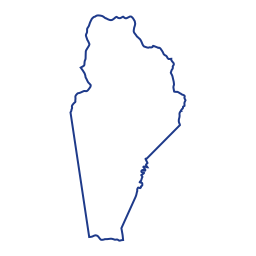 outline of La Trinidad, Comayagua, Honduras, rotated 270°
{"feature_id": "27666195B66687640419438", "entity_name": "La Trinidad", "entity_type": "district", "adm_level": 2, "iso_a3": "HND", "parent_name": "Honduras", "parent_adm1": "Comayagua", "projection": "mercator", "projection_center": [-87.659, 14.702], "detail": "fine", "context": "isolated", "style": "outline", "palette": "blue", "viewbox_px": 256, "rotation_deg": 270, "n_neighbors": 0, "source": "geoboundaries", "source_scale": "gbopen_adm2", "svg_char_len": 5759}
<svg xmlns="http://www.w3.org/2000/svg" viewBox="0 0 256 256"><g transform="rotate(270 128 128)"><path d="M197.2,171.3L197.0,169.1L197.0,168.6L197.1,168.4L198.2,167.4L199.1,167.0L199.6,166.7L199.8,166.5L200.2,166.1L200.9,164.8L201.7,163.8L202.1,163.6L203.9,162.8L205.4,161.9L206.2,161.3L207.1,160.7L207.5,160.4L207.7,160.2L208.2,159.4L208.3,158.9L208.3,158.7L208.1,158.5L208.1,158.3L208.7,157.1L209.9,154.0L210.1,153.3L210.1,153.1L209.8,152.8L209.5,152.7L209.3,152.7L209.1,152.6L208.9,152.4L208.8,151.9L208.6,151.3L208.5,151.0L208.7,150.1L208.7,149.6L208.6,149.2L208.4,148.7L208.3,148.2L208.4,147.7L208.5,147.1L208.9,145.9L209.5,144.1L209.7,143.9L210.0,143.6L210.6,143.1L211.5,142.6L214.6,141.3L215.5,140.8L216.1,140.5L216.8,140.0L217.5,139.2L218.8,137.8L219.4,137.1L219.6,136.8L220.4,136.4L223.0,134.4L223.5,134.1L224.0,133.9L224.4,133.8L224.8,133.7L226.1,133.8L228.4,134.2L230.2,134.8L231.6,135.1L232.3,135.2L233.3,135.0L234.1,134.9L234.9,134.7L237.4,133.2L237.8,132.9L238.6,132.2L239.0,131.7L239.3,131.3L239.5,130.9L239.5,130.6L239.5,130.2L239.4,129.8L238.9,128.8L237.9,126.8L237.8,126.4L237.7,126.0L237.8,125.4L238.1,124.6L238.4,124.2L239.1,123.5L239.3,123.1L239.2,122.8L239.1,122.5L238.5,121.6L238.1,120.7L237.9,120.2L237.9,119.7L237.9,119.0L238.1,118.2L239.0,116.8L239.1,116.6L239.0,116.4L238.9,116.0L238.7,115.6L237.7,114.4L237.1,113.7L236.7,113.1L236.2,112.4L236.1,112.1L236.0,111.7L235.9,111.2L235.9,110.7L236.0,109.9L236.2,109.2L236.9,107.5L237.6,106.3L237.7,106.1L237.7,105.7L237.8,105.5L238.3,104.7L239.1,103.7L239.5,103.1L239.7,102.6L240.0,102.1L240.2,101.2L240.4,100.4L240.6,98.3L240.5,97.1L240.3,96.6L239.9,95.8L239.4,95.1L239.2,94.4L238.9,93.6L238.6,93.3L237.6,92.2L236.6,91.5L236.1,91.3L234.9,90.7L233.4,90.0L230.7,89.1L229.7,88.7L228.8,88.1L227.9,87.5L227.3,87.2L226.7,87.1L224.9,87.1L223.8,87.0L223.4,86.9L222.9,86.7L222.4,86.4L221.2,86.0L220.8,85.9L220.3,86.0L219.7,86.1L216.0,87.4L215.7,87.6L214.9,88.1L212.2,89.3L211.8,89.4L211.3,89.3L210.7,89.1L209.9,88.7L206.0,86.3L205.5,86.1L205.0,85.9L204.6,85.8L201.9,85.7L198.4,85.6L197.7,85.6L197.2,85.5L196.5,85.4L195.5,84.9L194.2,84.6L193.1,84.5L191.4,84.4L191.0,84.3L190.5,84.1L190.2,83.7L189.5,82.7L188.4,80.7L185.5,82.8L182.8,84.5L181.8,84.9L180.8,85.2L180.1,85.4L179.0,85.5L178.2,85.8L177.6,86.2L174.5,87.7L173.8,88.1L173.3,88.5L172.0,89.8L171.0,90.6L170.9,90.7L170.5,90.7L169.9,90.6L169.4,90.5L169.0,90.3L167.7,89.4L166.0,88.1L165.4,87.5L165.1,87.1L164.9,86.7L164.9,86.3L164.9,85.6L165.0,84.7L165.0,84.1L164.7,83.3L163.3,80.2L163.0,79.2L162.8,78.2L162.7,77.8L162.5,77.5L162.1,77.1L161.0,76.1L160.5,75.8L160.1,75.6L159.7,75.4L159.3,75.4L158.5,75.4L157.5,75.5L155.5,75.3L154.7,75.4L154.1,75.3L153.8,75.1L153.4,74.5L152.8,74.0L152.6,73.7L151.1,72.5L150.4,72.1L150.1,72.0L149.5,71.9L149.1,71.9L148.4,72.1L148.1,72.1L147.7,72.0L147.1,71.8L146.4,71.5L145.5,71.4L144.6,71.1L144.3,70.9L143.6,70.5L19.0,89.2L19.1,90.5L19.4,92.1L20.4,94.3L20.6,95.1L20.7,95.4L20.7,95.8L20.6,96.1L20.3,97.1L20.2,97.3L20.0,97.6L19.5,98.2L18.7,98.8L17.8,99.5L16.9,100.2L16.4,100.8L16.3,101.0L16.2,101.2L16.2,101.9L16.2,102.6L16.5,104.0L16.8,104.7L16.8,104.9L16.9,106.5L16.9,107.4L17.2,110.0L17.3,110.9L17.2,111.8L17.0,112.7L16.6,114.0L16.4,114.5L16.3,114.9L16.3,115.5L16.4,116.2L16.5,116.5L16.5,117.1L16.4,117.4L16.2,117.9L15.6,118.8L15.4,119.2L15.4,119.4L15.4,119.9L15.7,121.0L15.9,122.1L16.0,123.1L20.9,122.6L27.8,121.4L58.5,135.3L59.2,135.6L60.5,136.1L61.6,136.4L64.3,137.0L65.0,137.3L65.7,137.2L66.3,137.2L66.9,137.3L67.6,137.6L68.3,138.0L68.4,138.4L68.4,138.7L68.0,139.5L67.9,140.1L68.1,140.5L68.4,140.7L68.6,140.9L68.9,140.9L69.4,140.9L69.6,141.0L69.8,141.3L70.0,141.6L70.1,141.8L70.4,142.0L70.8,142.3L71.3,142.3L72.1,142.3L72.7,142.2L73.0,142.0L73.2,141.8L73.3,141.6L73.3,140.9L73.6,140.0L73.7,139.8L73.8,139.7L74.2,139.9L74.5,140.2L74.8,140.4L75.0,140.8L75.2,141.0L76.6,141.5L78.0,141.9L78.5,142.2L78.8,142.3L79.1,142.4L79.5,142.3L79.7,142.1L80.2,141.7L80.7,141.4L80.9,141.3L81.1,141.4L81.5,142.2L82.2,143.2L82.5,143.6L82.8,143.9L83.1,144.0L83.2,143.9L83.3,143.8L83.5,143.5L83.6,143.1L83.6,142.6L83.7,142.3L83.8,142.0L83.9,141.7L84.1,141.5L84.3,141.4L84.6,141.4L84.9,141.4L85.3,141.6L85.6,141.9L85.9,142.3L86.0,142.8L86.0,143.2L85.3,144.9L85.4,145.1L85.5,145.2L85.9,145.3L86.5,145.2L86.8,145.0L87.7,144.3L88.9,143.5L89.0,143.4L89.3,143.6L89.4,143.8L89.5,144.0L89.4,144.6L89.1,146.2L88.8,146.9L88.7,147.3L88.7,147.5L89.5,147.0L90.2,146.3L90.4,146.1L90.6,146.1L91.1,146.0L91.6,146.2L92.3,146.8L92.5,147.0L92.8,147.4L93.1,147.4L93.3,147.4L93.8,147.1L96.6,145.7L96.9,145.6L97.2,145.6L97.3,145.8L97.4,146.0L97.4,146.3L97.2,146.5L130.9,179.9L131.6,179.8L133.3,179.1L134.5,178.8L135.8,178.8L136.7,178.9L138.6,179.4L140.1,179.6L141.5,179.5L142.4,179.5L143.0,179.6L144.2,180.2L144.7,180.7L144.8,180.9L144.9,180.7L145.7,181.1L146.5,181.7L147.0,182.1L147.4,182.6L147.5,182.7L148.2,183.0L148.9,183.0L149.3,183.1L149.5,183.3L149.9,184.1L150.2,184.5L150.8,184.5L152.6,184.4L153.4,184.5L153.8,184.6L154.6,185.0L155.6,185.4L155.8,185.5L156.4,185.2L157.3,184.7L157.9,184.5L158.2,184.4L158.5,184.5L159.0,184.6L159.4,184.7L159.6,184.7L160.1,184.6L160.5,184.3L160.8,183.8L161.1,183.1L161.4,182.3L161.6,181.7L162.1,181.1L162.4,180.7L162.6,180.2L162.8,179.8L163.6,178.6L163.9,178.0L164.2,177.1L164.1,176.5L164.2,175.4L164.3,174.6L164.4,174.2L164.6,174.1L168.5,173.4L169.7,173.5L170.1,173.6L170.9,173.9L171.6,174.0L172.7,173.9L174.3,173.7L179.9,172.4L180.9,172.0L182.4,171.2L183.0,170.9L183.3,170.8L183.9,171.0L185.2,171.4L186.2,171.8L187.1,172.5L187.6,172.7L188.1,172.8L188.6,172.8L188.8,172.8L189.3,172.7L189.6,172.8L190.1,173.0L190.6,173.4L191.0,173.6L191.5,173.8L192.1,173.8L192.5,173.7L193.0,173.5L194.8,172.0L195.9,171.3L196.1,171.3L196.4,171.2L196.8,171.3L197.2,171.3Z" fill="none" stroke="#1e3a8a" stroke-width="2"/></g></svg>